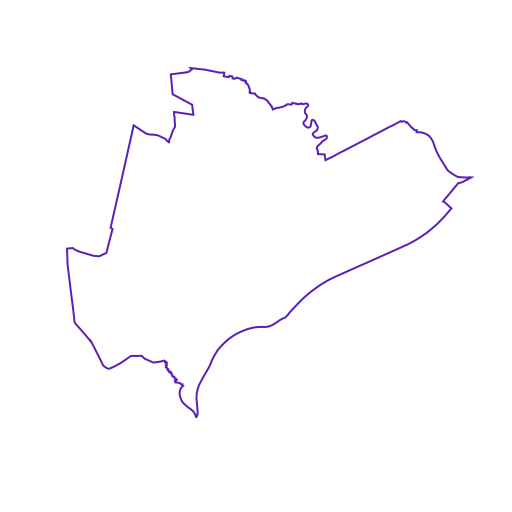 the district of Roermond, Limburg, Netherlands, rotated 197°
{"feature_id": "6326949B62204677584458", "entity_name": "Roermond", "entity_type": "district", "adm_level": 2, "iso_a3": "NLD", "parent_name": "Netherlands", "parent_adm1": "Limburg", "projection": "albers", "projection_center": [6.001, 51.209], "detail": "fine", "context": "isolated", "style": "outline", "palette": "violet", "viewbox_px": 512, "rotation_deg": 197, "n_neighbors": 0, "source": "geoboundaries", "source_scale": "gbopen_adm2", "svg_char_len": 5880}
<svg xmlns="http://www.w3.org/2000/svg" viewBox="0 0 512 512"><g transform="rotate(197 256 256)"><path d="M265.9,83.8L265.7,87.3L266.0,89.1L266.7,91.1L271.3,102.5L271.7,103.9L272.6,108.0L272.8,110.8L272.8,115.6L271.7,121.4L271.0,125.0L270.0,129.3L268.9,133.9L268.4,135.9L268.0,138.9L267.7,142.7L267.2,146.1L266.8,148.2L265.5,153.3L265.0,155.1L262.8,160.0L261.1,163.3L259.3,166.4L256.5,170.4L253.9,173.7L251.8,175.9L248.5,179.0L246.2,180.9L244.4,182.4L242.1,184.0L238.9,186.0L236.3,187.4L233.0,188.8L230.2,189.7L226.8,190.7L223.9,191.9L223.3,192.2L223.1,192.4L223.1,192.5L220.8,194.2L219.6,195.3L217.3,198.0L213.8,202.4L210.7,205.2L210.1,205.6L208.0,209.7L207.6,211.3L202.0,222.7L199.1,228.1L197.3,231.3L193.1,237.8L191.0,240.7L186.3,246.8L182.5,251.1L179.7,254.1L178.0,255.8L172.6,260.7L120.5,306.0L115.3,310.6L112.5,313.2L108.6,317.2L106.0,320.1L102.2,324.7L99.9,327.6L97.3,331.3L95.5,334.1L92.2,339.4L89.7,344.2L87.6,348.3L83.0,358.7L83.8,359.0L90.9,362.4L93.1,362.9L83.8,385.0L82.0,385.7L80.2,387.1L79.3,387.8L78.0,389.4L76.5,390.6L73.1,394.1L75.4,393.6L76.9,392.7L77.4,392.6L85.7,390.6L86.4,390.6L90.5,391.5L91.7,391.9L95.1,392.9L96.8,393.6L97.8,394.0L106.1,401.2L108.7,403.5L112.7,407.5L114.5,409.5L115.9,411.2L118.5,414.8L120.2,417.1L121.0,417.9L123.0,419.7L124.5,420.7L126.0,421.6L128.9,422.4L131.1,422.6L134.0,422.5L135.7,422.2L138.6,421.4L139.0,423.3L141.1,422.7L143.2,423.9L143.3,423.7L146.1,425.2L150.6,428.0L151.1,427.4L153.4,428.2L154.2,428.0L155.6,427.4L156.1,427.2L156.3,426.9L157.1,427.3L161.0,423.3L165.3,419.1L166.7,417.9L176.6,408.1L181.6,403.2L181.9,402.8L185.0,399.7L185.1,399.8L185.4,399.4L203.6,381.5L205.9,379.4L211.5,373.6L217.6,368.0L220.1,373.3L223.8,372.2L226.6,371.6L227.0,373.1L227.2,373.8L229.0,376.2L229.4,376.9L229.5,377.6L229.5,377.9L229.3,378.6L229.1,379.2L228.0,381.2L227.3,382.2L226.2,384.6L225.3,385.8L223.5,387.9L223.1,388.6L222.9,389.4L222.9,389.9L223.0,390.6L223.3,391.3L223.7,391.7L224.1,391.8L224.5,391.7L229.3,388.3L230.6,387.5L231.7,387.1L233.1,386.7L233.8,386.8L234.3,386.9L235.8,387.6L237.3,388.8L237.4,389.1L237.4,389.5L237.3,390.0L236.9,390.9L236.4,391.6L234.9,393.5L234.5,394.2L234.3,395.2L234.3,395.9L234.4,396.5L234.5,397.1L235.1,398.1L236.7,399.4L238.9,401.8L239.8,402.5L240.3,402.7L241.2,402.8L241.7,402.7L242.1,402.5L242.3,402.1L242.4,401.3L241.9,398.2L241.8,397.2L241.8,396.6L241.8,395.9L242.0,395.3L242.3,394.9L242.7,394.5L243.2,394.2L243.9,393.9L244.4,393.9L245.1,394.1L246.5,394.5L247.5,395.0L249.3,396.3L249.4,396.6L249.6,397.1L249.6,397.7L249.3,398.7L248.4,400.2L248.3,400.6L248.1,401.1L248.0,402.9L247.9,404.1L248.1,404.7L248.4,405.2L248.7,405.5L250.7,407.0L251.0,407.4L251.6,408.6L251.7,409.1L251.8,410.2L251.8,411.3L251.4,412.5L250.6,413.9L250.2,414.6L250.1,415.1L250.2,415.7L250.8,416.3L251.1,416.4L252.1,416.5L253.1,416.3L253.6,416.1L255.5,415.0L256.3,414.7L257.1,414.9L257.5,415.2L259.2,413.7L261.7,413.5L261.5,413.3L266.1,413.0L266.4,411.1L269.2,410.6L270.9,410.0L271.0,409.8L271.0,409.6L271.9,408.5L272.3,408.0L274.1,406.5L276.5,405.1L279.4,403.6L281.3,402.3L282.8,401.0L284.7,403.6L285.0,403.5L285.4,404.0L286.3,404.8L289.1,406.5L289.6,407.0L290.0,407.4L290.2,407.7L292.1,408.2L293.1,408.7L294.6,409.0L294.7,408.8L298.2,408.5L300.0,408.5L301.2,408.9L304.6,410.7L304.6,411.0L306.2,410.6L309.6,410.1L309.7,411.0L309.9,410.9L310.7,413.6L311.0,414.1L311.7,414.7L312.1,415.3L312.9,416.7L315.0,418.2L315.9,418.2L316.1,419.0L316.6,419.0L317.0,420.6L318.5,420.6L318.5,420.1L321.2,420.1L321.1,420.9L326.7,420.9L326.8,420.5L327.1,420.0L327.7,419.7L328.9,419.2L329.0,419.0L329.3,419.1L329.3,419.3L330.3,419.0L331.3,420.8L333.2,420.5L334.0,420.5L334.5,419.8L334.4,419.1L339.4,418.4L339.9,422.0L340.7,421.9L344.4,420.7L359.0,419.3L373.5,416.6L372.0,415.6L373.5,413.4L374.1,412.7L374.8,412.1L375.5,411.6L376.4,411.2L390.6,404.8L383.0,386.3L361.3,382.0L357.2,372.7L376.5,369.8L375.7,367.4L374.6,365.0L374.4,364.9L374.1,363.8L374.0,363.5L372.6,359.7L371.3,356.5L371.2,356.0L371.3,355.5L372.2,351.2L372.2,350.6L372.3,345.6L372.4,344.7L372.8,343.0L372.8,342.2L372.8,340.3L372.7,339.9L372.3,339.4L372.5,339.2L375.4,340.5L376.3,341.2L376.9,341.4L378.8,341.8L384.3,342.6L385.9,342.6L389.8,342.0L392.7,341.2L395.3,340.9L397.1,341.0L411.2,345.2L407.2,293.6L403.3,240.4L401.1,240.0L400.0,215.2L405.8,209.9L411.4,208.7L424.2,208.5L428.0,208.6L431.2,209.2L433.7,210.0L438.9,207.8L433.6,192.5L417.9,157.3L416.1,153.5L410.0,139.3L394.1,129.4L389.1,126.0L389.1,126.4L388.6,126.0L377.6,114.6L370.8,107.4L370.1,106.6L368.4,105.9L366.0,105.2L364.0,105.0L362.8,105.8L359.9,108.2L354.4,113.7L353.1,115.3L346.9,123.2L346.6,123.6L345.9,124.0L336.0,127.1L333.7,125.8L332.2,125.2L326.3,124.5L323.4,124.1L322.7,124.2L317.9,126.4L316.9,126.9L313.3,129.1L312.5,129.0L312.3,128.9L312.3,128.3L312.2,128.1L312.0,127.9L311.7,127.8L311.1,128.4L310.7,128.4L310.1,127.9L310.0,127.7L310.5,126.7L309.5,126.1L309.4,125.9L309.5,125.7L310.2,125.1L309.4,124.7L309.3,124.3L309.7,123.6L309.7,123.1L309.3,123.0L308.7,123.2L308.3,122.8L308.0,122.5L306.8,122.1L306.8,121.9L306.8,121.7L307.2,121.4L307.3,121.3L307.2,121.1L306.1,121.0L305.8,120.6L305.7,120.0L305.3,119.7L305.1,119.6L304.9,119.7L304.3,120.3L304.2,120.4L303.9,120.4L303.6,120.1L303.7,119.3L303.6,119.2L302.6,119.4L302.4,119.3L302.3,118.2L302.0,117.9L301.1,117.8L300.9,117.5L300.9,116.6L299.7,116.4L298.8,116.6L298.7,116.5L298.7,115.9L298.5,115.5L298.1,115.4L297.5,115.5L295.6,114.6L295.5,114.2L296.2,113.9L296.9,113.7L297.1,113.6L297.2,113.1L297.1,112.6L296.6,112.2L296.1,111.6L295.9,111.5L295.1,112.0L294.5,111.8L294.2,111.8L293.5,112.1L291.7,112.3L290.2,111.5L289.9,111.5L289.0,111.7L289.1,111.0L287.7,110.6L288.7,108.7L289.2,107.4L289.4,105.7L289.3,104.1L288.6,101.5L287.9,100.0L286.6,98.1L285.1,96.2L284.6,95.7L283.6,94.8L283.1,94.5L281.9,93.8L279.8,92.8L276.7,91.4L273.9,90.5L271.5,89.5L270.1,88.7L268.8,87.6L267.3,86.1L266.2,84.5L265.9,83.8Z" fill="none" stroke="#5b21b6" stroke-width="2"/></g></svg>